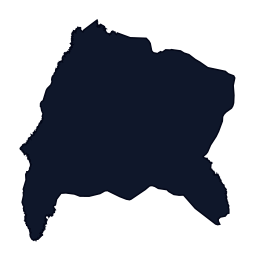 outline of Pla Pak, Nakhon Phanom, Thailand, rotated 178°
{"feature_id": "78962969B9845696572141", "entity_name": "Pla Pak", "entity_type": "district", "adm_level": 2, "iso_a3": "THA", "parent_name": "Thailand", "parent_adm1": "Nakhon Phanom", "projection": "robinson", "projection_center": [104.578, 17.203], "detail": "fine", "context": "isolated", "style": "filled", "palette": "ink", "viewbox_px": 256, "rotation_deg": 178, "n_neighbors": 0, "source": "geoboundaries", "source_scale": "gbopen_adm2", "svg_char_len": 5819}
<svg xmlns="http://www.w3.org/2000/svg" viewBox="0 0 256 256"><g transform="rotate(178 128 128)"><path d="M32.1,63.2L34.0,65.5L34.2,67.6L35.3,68.2L37.0,71.0L37.0,71.9L37.7,71.9L37.3,72.8L38.0,73.3L38.1,74.3L38.7,74.4L38.5,75.6L39.2,75.7L38.9,76.2L39.7,78.2L40.5,77.7L40.8,78.7L41.1,77.8L42.7,78.4L43.3,78.2L43.1,79.4L43.6,79.4L43.2,79.8L43.8,81.5L44.3,81.4L45.3,82.9L46.1,83.2L46.0,83.9L47.0,84.1L46.4,89.2L45.7,89.8L46.2,89.9L45.9,90.6L47.5,90.9L48.0,92.3L49.8,93.5L50.0,94.7L51.0,94.4L51.3,95.1L52.2,95.0L53.7,96.2L53.9,97.0L50.9,99.4L49.3,101.4L46.1,108.2L40.3,116.5L37.6,121.6L33.5,131.6L33.1,136.0L31.8,138.3L29.6,140.5L23.9,144.3L22.5,146.5L21.6,149.4L21.0,157.0L21.4,166.8L19.6,174.3L20.6,176.4L25.9,178.6L28.8,181.2L46.2,185.5L53.8,191.2L58.4,194.1L64.6,199.2L69.4,200.9L72.8,203.2L82.1,204.8L82.9,204.4L87.6,204.8L91.1,202.5L92.7,203.1L93.1,202.4L93.7,202.7L95.9,201.3L100.1,202.3L101.7,204.3L102.9,211.8L104.2,214.2L106.7,217.0L122.6,218.1L135.4,223.3L136.3,221.8L137.4,222.7L137.7,224.3L139.6,224.7L139.8,225.3L140.9,224.9L140.7,224.2L142.6,223.0L142.1,222.5L143.0,221.9L143.0,222.5L144.0,222.4L144.4,223.0L146.4,223.9L146.4,224.5L147.2,225.6L147.2,226.7L148.4,226.5L148.3,227.4L147.6,227.6L147.8,228.2L147.1,228.2L147.7,228.6L148.0,229.8L148.8,229.2L148.5,230.2L149.1,230.9L150.6,231.7L151.7,231.6L151.4,232.3L151.7,232.5L152.6,231.9L152.2,231.0L153.6,231.3L153.1,229.9L155.0,230.2L155.4,230.9L154.4,232.0L155.2,233.2L154.8,234.0L155.9,234.6L154.8,235.7L155.2,236.9L168.7,227.4L169.7,225.7L171.9,227.3L172.0,229.9L173.3,230.0L173.8,229.0L174.4,229.1L174.2,229.5L174.6,230.2L175.7,228.6L176.1,228.8L176.5,227.0L176.8,227.5L177.1,226.7L178.4,227.0L177.6,225.5L179.1,226.3L179.2,225.7L179.4,226.0L180.2,225.5L180.0,224.5L180.6,224.1L180.0,223.6L180.5,223.2L180.0,222.8L180.6,222.0L180.1,221.4L181.0,221.1L180.6,220.3L181.0,219.9L180.3,219.3L180.9,219.0L180.3,218.5L181.1,218.0L180.6,217.7L181.1,217.6L181.2,216.6L180.6,215.5L182.5,214.5L181.8,213.5L181.2,213.5L181.3,212.7L180.5,212.9L181.1,212.3L181.0,211.0L181.7,211.2L181.7,210.6L182.3,210.8L182.5,210.3L183.2,210.2L183.2,209.4L182.5,209.4L182.3,208.9L184.1,208.3L183.4,207.0L183.8,206.2L184.6,206.4L184.4,205.5L185.6,206.3L186.0,204.9L186.8,204.9L186.7,205.7L187.3,205.6L187.4,204.3L188.8,205.2L189.1,204.4L188.4,203.9L189.3,202.6L188.8,201.8L190.2,202.2L191.0,200.8L191.2,199.3L190.5,199.0L191.8,197.1L191.6,196.7L192.6,197.1L193.8,196.1L194.2,196.4L194.3,195.4L194.5,196.0L195.6,195.2L195.2,194.2L195.5,193.9L194.9,193.5L195.6,193.2L195.5,192.1L196.1,191.7L195.5,190.5L196.5,190.4L197.0,189.3L197.6,189.6L197.5,188.8L198.1,188.8L198.5,186.3L199.7,185.3L200.0,183.7L201.2,182.8L201.6,181.5L202.0,181.5L202.5,179.2L202.3,176.7L202.8,175.4L203.6,173.7L207.2,170.3L208.3,168.5L211.8,158.3L213.5,157.2L214.5,155.6L214.7,152.6L214.1,152.0L213.6,148.4L212.3,145.2L213.3,142.7L212.7,140.6L213.4,140.2L213.1,139.2L214.3,138.2L213.9,137.4L214.4,136.5L215.0,137.3L215.7,135.5L216.3,135.7L217.4,132.7L218.3,132.4L217.9,131.6L218.9,131.3L218.7,130.1L219.7,129.7L219.7,128.0L220.8,127.7L220.6,127.0L221.2,127.1L221.5,126.5L221.6,127.2L222.0,126.3L222.3,126.9L222.7,126.7L222.8,126.2L222.2,125.7L222.4,124.3L223.6,124.3L223.7,123.8L224.7,124.4L224.4,123.5L226.1,121.8L225.8,120.8L226.7,121.5L227.1,120.8L227.4,121.2L227.0,121.5L227.7,121.2L227.9,119.5L228.6,119.6L227.9,119.1L228.0,118.5L229.2,118.4L229.1,117.5L229.7,116.9L229.3,116.5L230.4,116.4L230.7,115.0L231.8,115.0L232.3,115.6L233.5,114.4L233.7,115.3L234.1,113.2L234.8,113.3L236.4,111.5L236.1,110.3L235.1,110.3L234.6,108.7L233.3,108.2L233.6,107.5L233.0,107.2L232.4,105.1L230.4,106.1L230.0,105.1L229.2,104.9L229.8,104.0L229.1,104.1L229.5,103.6L228.8,103.1L229.1,101.7L228.5,101.9L228.7,101.5L228.2,101.3L228.6,100.4L227.9,100.5L227.8,99.5L227.2,99.4L227.6,98.7L227.3,97.9L226.9,98.0L227.1,96.8L226.1,94.9L226.7,94.5L226.5,93.6L227.7,91.2L227.4,90.9L228.0,89.4L229.2,87.7L230.6,87.8L230.6,86.7L231.3,86.3L231.8,85.0L231.5,84.6L231.8,84.3L231.7,79.5L234.8,70.4L234.1,68.3L234.9,67.3L234.7,64.3L236.4,57.5L235.5,54.4L234.6,53.0L235.3,51.4L234.9,49.7L235.1,48.8L233.8,48.0L233.8,46.7L234.2,46.5L232.7,44.9L233.2,44.6L232.8,44.1L233.7,43.5L233.4,43.1L234.0,42.7L233.5,42.1L234.0,41.8L234.0,41.2L233.4,40.9L234.4,39.5L233.7,39.2L234.0,38.3L232.8,37.4L233.3,36.0L232.6,35.4L232.6,34.2L231.7,34.0L230.9,31.2L229.3,30.6L229.5,29.9L230.1,30.1L229.7,28.1L229.0,27.4L229.5,26.9L229.4,26.3L229.0,26.4L229.6,25.0L229.3,23.0L228.0,20.4L226.1,19.1L225.4,19.8L225.0,19.5L224.3,19.9L223.9,19.1L223.5,20.0L222.2,20.0L221.9,21.1L221.4,20.4L219.5,22.2L219.7,23.0L218.7,22.9L218.4,23.6L217.3,23.9L217.3,24.4L218.3,24.3L217.8,24.9L218.1,26.0L219.0,25.4L219.6,25.8L218.7,26.7L217.9,26.3L217.1,26.8L216.8,28.0L216.1,28.4L216.7,29.3L215.6,29.3L215.4,30.0L214.7,30.1L215.3,31.3L214.5,32.0L215.5,32.2L215.5,32.8L215.9,33.0L215.2,34.0L214.1,33.6L215.1,34.7L214.2,34.7L213.8,35.8L213.0,35.4L213.1,36.5L213.9,36.7L213.5,36.8L213.8,37.7L213.1,37.5L212.6,38.0L213.8,38.3L213.8,38.9L212.4,39.5L214.0,40.8L213.4,42.6L212.1,43.9L210.7,42.6L210.2,42.8L210.1,42.0L209.3,43.1L209.5,43.9L207.4,42.8L207.2,43.6L206.6,43.3L206.2,43.7L206.6,44.5L205.9,45.7L204.6,46.2L204.9,47.3L204.3,47.7L204.7,48.5L203.6,48.8L205.3,51.4L205.1,53.0L203.3,53.6L201.9,59.3L197.2,65.2L192.3,65.3L183.8,63.9L178.4,61.6L169.2,61.2L158.2,63.5L153.4,66.0L150.7,66.2L138.7,59.8L132.2,57.0L129.0,56.3L127.5,56.8L113.0,65.9L108.4,69.5L105.9,69.7L103.1,68.7L99.8,66.6L91.1,65.0L89.6,63.2L84.5,60.0L79.3,59.1L74.8,59.1L63.6,45.4L43.8,29.0L41.8,28.3L39.7,28.6L41.1,31.9L41.0,33.9L38.8,35.8L33.9,36.6L31.8,39.1L30.2,39.4L30.1,43.6L30.5,44.5L30.1,46.8L31.1,48.8L31.0,50.4L32.0,51.3L31.6,51.8L32.2,52.4L31.8,53.1L32.6,54.8L31.9,55.0L31.8,55.7L32.5,57.7L32.1,59.0L32.6,59.1L32.1,59.4L32.2,60.5L31.8,60.7L32.6,62.2L32.1,63.2Z" fill="#0f172a" stroke="#020617" stroke-width="1.5"/></g></svg>